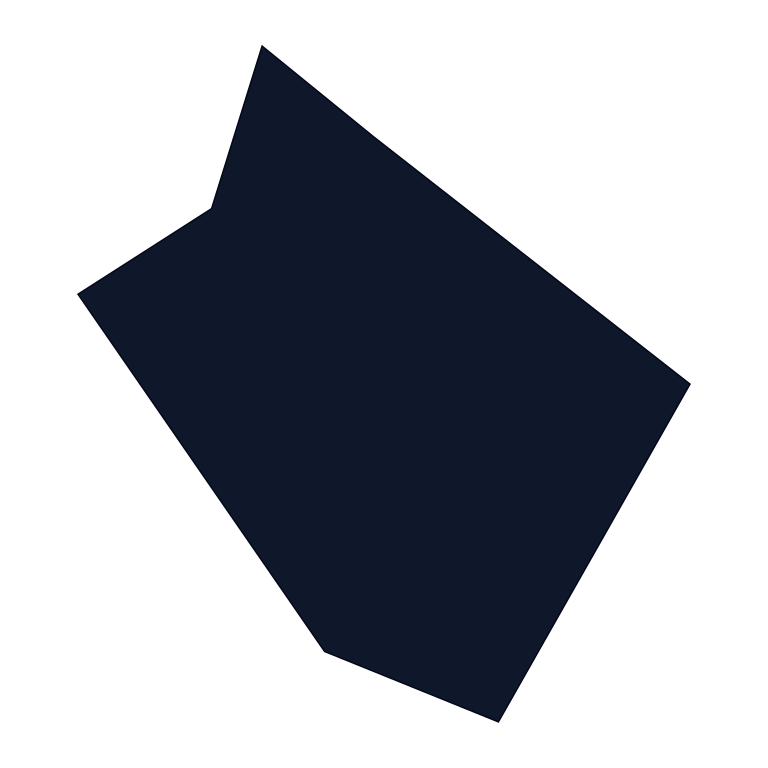 the state/province of Cascade
{"feature_id": "SYC-5208", "entity_name": "Cascade", "entity_type": "state/province", "adm_level": 1, "iso_a3": "SYC", "parent_name": "Seychelles", "parent_adm1": "", "projection": "natural_earth1", "projection_center": [55.497, -4.666], "detail": "fine", "context": "isolated", "style": "filled", "palette": "ink", "viewbox_px": 768, "rotation_deg": 0, "n_neighbors": 0, "source": "natural_earth", "source_scale": "10m", "svg_char_len": 249}
<svg xmlns="http://www.w3.org/2000/svg" viewBox="0 0 768 768"><path d="M262.1,46.1L373.6,136.8L690.0,384.1L544.6,640.4L498.4,721.9L423.7,691.6L324.6,651.5L78.0,294.2L211.6,208.6L262.1,46.1Z" fill="#0f172a" stroke="#020617" stroke-width="1.5"/></svg>